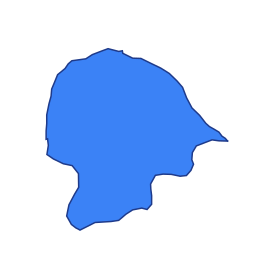 the district of Suan, Hwanghae-bukto, North Korea, rotated 159°
{"feature_id": "82179303B93868129225348", "entity_name": "Suan", "entity_type": "district", "adm_level": 2, "iso_a3": "PRK", "parent_name": "North Korea", "parent_adm1": "Hwanghae-bukto", "projection": "mercator", "projection_center": [126.384, 38.673], "detail": "fine", "context": "isolated", "style": "filled", "palette": "blue", "viewbox_px": 256, "rotation_deg": 159, "n_neighbors": 0, "source": "geoboundaries", "source_scale": "gbopen_adm2", "svg_char_len": 1061}
<svg xmlns="http://www.w3.org/2000/svg" viewBox="0 0 256 256"><g transform="rotate(159 128 128)"><path d="M210.9,51.7L209.4,49.9L192.6,51.6L177.4,46.8L169.8,45.1L160.7,48.3L153.0,49.9L143.9,48.3L139.4,45.1L133.3,48.3L130.2,56.3L128.6,62.8L127.0,67.6L119.4,74.0L111.8,72.4L104.2,69.2L96.6,64.3L90.5,62.7L84.4,65.9L79.8,70.7L79.8,75.5L76.7,82.0L70.6,86.8L63.0,86.8L53.8,86.8L47.8,83.5L40.2,80.3L39.2,79.6L40.0,80.9L40.9,83.5L43.2,86.7L44.6,91.6L47.4,95.2L51.5,100.2L53.7,104.5L56.6,114.1L61.1,123.8L62.5,135.1L62.5,146.4L65.4,154.4L69.9,164.1L75.9,172.1L83.5,180.2L91.0,188.3L98.6,191.5L106.1,199.6L105.6,202.1L109.2,202.8L113.7,206.0L118.2,209.2L124.3,209.3L135.0,209.3L142.6,207.7L156.3,210.9L160.8,209.3L165.4,206.1L174.6,203.0L180.7,196.5L185.3,191.7L188.4,185.3L193.1,178.9L199.2,169.3L202.3,161.2L205.4,154.8L208.5,146.8L207.0,146.7L208.6,140.3L213.2,132.3L208.7,125.8L201.2,117.8L193.6,112.9L190.6,103.2L195.3,90.3L201.4,85.5L210.6,77.5L213.7,72.7L216.8,67.8L215.4,58.2L212.4,53.3L210.9,51.7Z" fill="#3b82f6" stroke="#1e3a8a" stroke-width="1.5"/></g></svg>